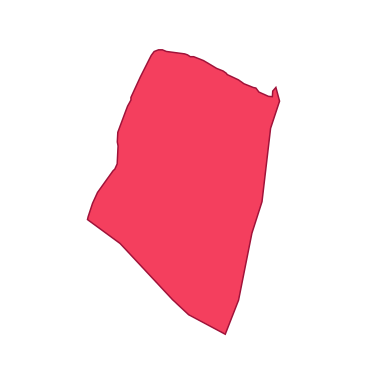 Dorra, Tadjourah, Djibouti (orthographic projection), rotated 345°
{"feature_id": "41766387B22586556456338", "entity_name": "Dorra", "entity_type": "district", "adm_level": 2, "iso_a3": "DJI", "parent_name": "Djibouti", "parent_adm1": "Tadjourah", "projection": "orthographic", "projection_center": [42.487, 12.202], "detail": "fine", "context": "isolated", "style": "filled", "palette": "rose", "viewbox_px": 384, "rotation_deg": 345, "n_neighbors": 0, "source": "geoboundaries", "source_scale": "gbopen_adm2", "svg_char_len": 781}
<svg xmlns="http://www.w3.org/2000/svg" viewBox="0 0 384 384"><g transform="rotate(345 192 192)"><path d="M300.1,112.7L296.1,115.4L294.3,120.7L290.6,119.4L282.5,112.8L280.6,108.1L278.2,106.9L274.9,104.4L270.2,100.9L265.9,95.7L256.3,87.6L256.0,86.4L253.4,83.2L247.8,79.0L237.2,68.1L233.9,65.6L228.6,61.7L225.4,60.9L223.2,58.4L220.7,56.7L203.6,49.6L200.2,47.0L196.4,46.0L191.8,46.5L188.0,49.5L185.1,52.7L171.8,67.6L157.5,84.8L156.8,87.4L152.0,92.4L149.1,96.4L135.8,115.1L132.8,124.3L132.5,128.4L127.0,145.5L125.5,147.3L123.4,149.9L121.2,151.1L100.7,167.9L93.0,177.2L86.2,187.6L85.4,188.8L83.9,191.6L109.2,223.1L145.3,290.9L157.0,309.7L187.3,338.0L209.0,308.5L239.2,247.3L257.1,219.5L284.4,150.8L300.1,126.9L300.1,112.7Z" fill="#f43f5e" stroke="#9f1239" stroke-width="1.5"/></g></svg>